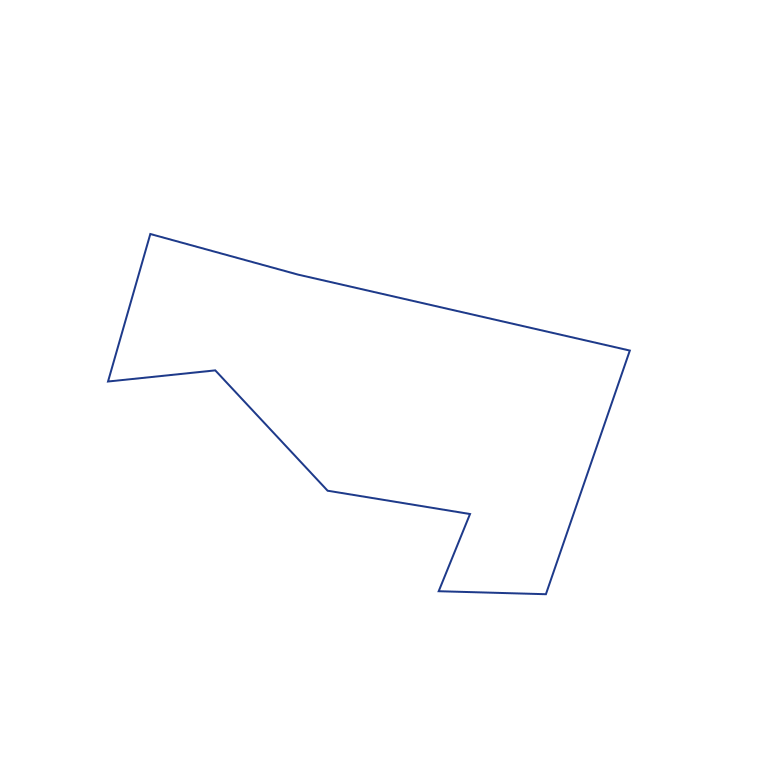 map outline of Smith's (Mercator projection), rotated 230°
{"feature_id": "BMU-5142", "entity_name": "Smith's", "entity_type": "state/province", "adm_level": 1, "iso_a3": "BMU", "parent_name": "Bermuda", "parent_adm1": "", "projection": "mercator", "projection_center": [-64.729, 32.316], "detail": "fine", "context": "isolated", "style": "outline", "palette": "blue", "viewbox_px": 768, "rotation_deg": 230, "n_neighbors": 0, "source": "natural_earth", "source_scale": "10m", "svg_char_len": 286}
<svg xmlns="http://www.w3.org/2000/svg" viewBox="0 0 768 768"><g transform="rotate(230 384 384)"><path d="M338.5,272.2L502.9,263.5L563.3,174.2L649.1,301.4L523.0,388.5L251.6,593.8L118.9,372.9L190.1,292.7L229.1,366.3L338.5,272.2Z" fill="none" stroke="#1e3a8a" stroke-width="2"/></g></svg>